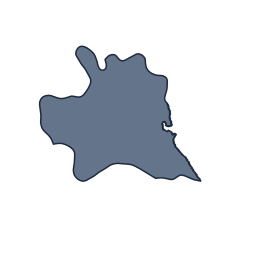 Bajos de Haina, San Cristóbal, Dominican Republic, rotated 301°
{"feature_id": "3306468B44390196227357", "entity_name": "Bajos de Haina", "entity_type": "district", "adm_level": 2, "iso_a3": "DOM", "parent_name": "Dominican Republic", "parent_adm1": "San Cristóbal", "projection": "orthographic", "projection_center": [-70.023, 18.434], "detail": "fine", "context": "isolated", "style": "filled", "palette": "slate", "viewbox_px": 256, "rotation_deg": 301, "n_neighbors": 0, "source": "geoboundaries", "source_scale": "gbopen_adm2", "svg_char_len": 4053}
<svg xmlns="http://www.w3.org/2000/svg" viewBox="0 0 256 256"><g transform="rotate(301 128 128)"><path d="M119.9,217.5L120.2,217.5L120.2,216.4L120.7,216.4L120.7,215.8L121.3,215.8L121.3,214.1L121.8,214.1L121.8,212.4L122.4,212.4L122.4,211.2L123.4,211.2L123.4,209.5L124.0,209.5L124.0,208.3L124.5,208.3L124.5,206.6L125.1,206.6L125.1,205.5L125.6,205.5L125.6,204.9L126.2,204.9L126.2,203.2L127.2,203.2L127.2,201.4L127.8,201.4L127.8,200.3L128.3,200.3L128.3,199.2L128.9,199.2L128.9,198.6L129.4,198.6L129.4,198.0L130.0,198.0L130.0,197.4L130.5,197.4L130.5,195.1L131.6,195.1L131.6,193.4L132.2,193.4L132.2,192.3L132.7,192.3L132.7,188.8L133.2,188.8L133.2,187.1L133.8,187.1L133.8,185.4L134.3,185.4L134.3,183.6L134.9,183.6L134.9,182.5L135.4,182.5L135.4,180.8L136.0,180.8L136.0,178.5L136.5,178.5L136.5,177.9L137.1,177.9L137.1,177.3L137.6,177.3L137.6,176.8L138.1,176.8L138.1,175.6L138.7,175.6L138.7,175.0L139.2,175.0L139.2,174.5L139.8,174.5L139.8,173.9L140.3,173.9L140.3,173.3L141.1,173.3L141.4,173.3L141.4,172.7L143.1,172.7L143.1,172.2L143.6,172.2L143.6,172.7L144.1,172.7L144.1,172.2L145.2,172.2L145.2,172.7L146.6,172.7L146.9,172.7L146.9,172.2L147.4,172.2L147.4,171.5L147.4,171.0L146.9,171.0L146.9,170.4L145.8,170.4L145.8,169.9L145.2,169.9L145.2,169.3L145.8,169.3L145.8,168.7L146.3,168.7L146.3,167.6L146.9,167.6L146.9,164.1L146.3,164.1L146.3,163.6L145.2,163.6L145.2,160.1L144.7,160.1L144.7,159.0L145.2,159.0L145.2,158.4L145.8,158.4L145.8,157.8L146.3,157.8L146.3,157.2L147.4,157.2L147.4,156.7L148.0,156.7L148.0,156.1L149.0,156.1L149.0,154.9L151.2,154.9L151.2,155.5L151.8,155.5L151.8,156.1L152.3,156.1L152.3,157.2L151.8,157.2L151.8,157.8L151.2,157.8L151.2,158.4L150.7,158.4L150.7,159.0L149.6,159.0L149.6,160.7L150.1,160.7L150.1,161.8L150.7,161.8L150.7,162.4L151.2,162.4L151.2,163.0L151.8,163.0L151.8,163.6L152.3,163.6L152.3,164.1L153.4,164.1L153.4,163.6L153.9,163.6L153.9,162.4L155.0,162.4L155.0,161.8L156.1,161.8L156.1,160.1L156.7,160.1L156.7,159.5L157.8,159.5L157.8,158.4L158.8,158.4L158.8,157.8L159.9,157.8L159.9,157.2L161.6,157.2L161.6,156.7L162.1,156.7L162.1,156.1L163.2,156.1L163.2,155.5L164.3,155.5L164.3,154.4L164.8,154.4L164.8,153.2L165.9,153.2L165.9,152.1L167.0,152.1L167.0,151.5L167.6,151.5L167.6,150.9L168.1,150.9L168.1,150.3L168.6,150.3L168.6,149.2L169.1,149.2L169.3,149.2L169.8,147.2L170.3,146.0L171.2,144.9L173.2,143.6L180.3,141.7L182.9,140.6L188.5,137.5L190.2,135.9L190.7,134.8L190.9,133.7L190.8,131.3L190.0,129.3L188.4,126.2L187.5,123.9L187.0,119.9L187.2,117.2L188.0,114.6L189.4,112.4L191.9,110.0L195.5,107.6L196.3,106.8L197.3,104.7L197.7,102.4L197.4,100.0L197.0,98.9L196.3,97.9L195.5,97.0L184.5,90.5L182.9,89.0L182.4,88.0L182.1,85.9L182.6,83.9L183.6,81.3L183.9,79.3L183.7,78.3L182.6,76.4L180.8,74.8L179.8,74.3L177.4,73.5L174.9,73.1L171.5,76.5L169.6,77.7L168.5,78.1L167.3,78.1L166.1,77.9L164.9,77.1L164.2,76.0L163.9,74.8L164.0,73.6L164.4,72.5L165.6,70.6L169.0,67.2L172.4,63.2L173.8,60.9L174.7,58.2L175.2,55.5L175.5,51.5L175.2,48.9L174.4,46.5L173.6,45.5L172.5,44.6L171.3,44.1L170.1,43.9L167.7,43.9L165.4,44.7L164.3,45.4L163.5,46.2L158.9,54.7L156.5,60.9L155.3,63.1L151.6,69.4L150.0,71.3L148.9,72.0L147.6,72.6L144.9,73.2L140.6,73.5L136.3,73.2L133.5,72.8L132.2,72.3L131.0,71.8L130.0,71.0L129.2,70.0L128.2,68.0L127.1,64.9L126.1,63.0L121.0,58.5L118.8,55.6L118.2,54.4L117.4,51.9L116.1,45.5L115.1,43.1L113.5,41.1L111.6,39.5L110.4,39.0L109.1,38.6L107.7,38.5L105.0,38.9L102.6,40.1L94.9,46.2L92.6,47.7L88.0,50.1L85.1,52.6L83.6,54.6L82.4,56.9L80.9,63.4L80.0,66.0L78.9,68.2L75.8,72.4L78.4,75.5L79.8,77.6L80.5,78.8L81.3,81.5L81.8,84.2L81.9,86.9L81.7,89.6L81.1,92.1L79.9,94.3L78.0,95.9L70.6,99.9L64.6,102.4L63.5,103.0L61.5,104.6L59.9,106.5L58.8,109.0L58.3,111.6L58.4,114.2L59.2,116.6L59.9,117.7L61.7,119.3L69.1,123.5L75.3,126.0L82.1,129.6L86.9,131.8L89.9,134.2L92.3,137.2L97.5,147.6L98.4,150.2L98.7,151.6L99.0,154.6L99.2,159.1L99.1,177.5L101.5,180.7L102.8,182.9L103.9,185.3L105.4,190.0L106.4,192.1L107.9,193.6L113.6,196.4L114.4,197.1L115.2,198.1L115.7,199.3L116.4,201.9L117.3,209.1L117.9,212.1L119.9,217.5Z" fill="#64748b" stroke="#1e293b" stroke-width="1.5"/></g></svg>